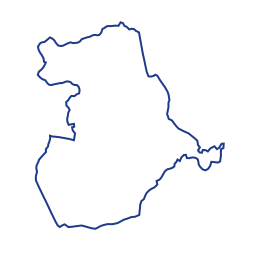 outline of Itaboraí, Rio de Janeiro, Brazil, rotated 185°
{"feature_id": "56859067B95798270573733", "entity_name": "Itaboraí", "entity_type": "district", "adm_level": 2, "iso_a3": "BRA", "parent_name": "Brazil", "parent_adm1": "Rio de Janeiro", "projection": "equal_earth", "projection_center": [-42.864, -22.756], "detail": "fine", "context": "isolated", "style": "outline", "palette": "blue", "viewbox_px": 256, "rotation_deg": 185, "n_neighbors": 0, "source": "geoboundaries", "source_scale": "gbopen_adm2", "svg_char_len": 3055}
<svg xmlns="http://www.w3.org/2000/svg" viewBox="0 0 256 256"><g transform="rotate(185 128 128)"><path d="M113.5,40.1L109.2,42.3L109.2,45.7L109.1,49.6L109.1,53.0L108.2,56.5L106.0,58.5L105.2,61.2L104.1,64.4L101.9,67.3L99.8,69.1L96.2,71.4L93.9,74.2L94.9,77.8L92.1,79.3L90.7,81.2L89.1,84.6L87.4,88.2L85.2,90.3L82.9,91.0L80.5,92.1L78.5,93.7L78.4,96.5L77.0,98.2L75.9,100.9L73.5,99.6L72.2,103.4L70.0,106.0L68.0,106.3L66.7,103.2L64.6,103.2L62.7,103.9L60.3,104.4L58.0,104.1L55.8,102.9L54.9,100.3L54.4,97.9L53.0,95.9L50.1,93.3L47.2,92.6L44.7,94.2L42.9,97.2L42.0,101.6L38.8,101.5L35.4,101.4L33.3,102.8L33.2,105.5L33.0,108.4L33.3,110.8L33.4,115.1L31.2,116.3L31.3,120.8L33.4,120.4L34.5,118.4L35.4,116.2L37.6,114.7L40.3,117.3L42.2,116.2L44.4,114.6L46.4,111.6L48.8,112.7L51.6,112.6L52.2,109.8L54.6,109.9L56.3,111.9L54.7,115.0L56.8,117.2L57.8,121.3L59.6,122.8L61.3,124.0L63.9,125.7L67.1,127.9L69.1,128.6L71.5,129.4L73.8,130.3L77.7,131.9L79.8,133.8L82.1,136.2L84.9,139.4L88.2,140.6L89.2,143.1L90.3,145.3L89.9,148.2L89.5,152.7L89.9,156.5L89.2,159.6L90.4,164.4L91.7,167.5L94.6,171.7L96.6,174.1L100.3,178.5L103.3,182.6L105.4,183.5L107.3,182.0L109.8,181.2L112.1,181.3L114.3,185.7L116.7,193.6L117.5,196.4L119.5,202.6L121.8,211.0L125.4,224.2L128.5,225.4L130.7,227.1L133.4,227.1L135.3,226.3L138.0,228.6L140.3,229.3L142.3,232.1L144.6,232.6L146.4,229.0L150.1,228.8L153.4,228.1L156.4,227.8L158.2,227.4L159.9,225.8L162.1,224.4L162.9,220.8L164.7,218.2L166.7,217.7L169.1,217.9L171.4,217.2L173.9,215.6L176.5,214.8L179.3,213.6L181.9,212.4L183.1,210.4L185.1,208.8L187.2,208.3L190.2,207.8L192.9,208.3L196.4,206.5L199.6,204.5L201.8,203.8L204.8,204.1L207.5,206.8L209.2,209.1L211.7,210.7L213.7,211.4L216.3,208.7L218.7,206.4L220.7,206.0L222.7,205.0L224.8,201.3L223.8,198.0L222.4,195.7L220.1,192.9L218.2,190.0L217.4,186.6L215.6,186.1L216.6,183.2L217.8,180.8L219.4,178.6L221.7,176.3L222.5,173.1L220.0,170.7L217.5,169.2L214.5,168.3L212.5,165.9L210.6,164.3L208.2,164.1L204.7,165.3L201.6,166.2L199.8,166.8L197.7,167.0L195.8,167.8L193.7,168.9L191.9,169.2L189.2,168.7L187.2,166.9L185.1,166.2L182.8,166.4L180.8,164.8L179.5,161.6L179.7,158.3L182.2,157.0L184.1,155.1L187.2,155.0L188.8,152.8L190.0,150.4L191.8,148.5L191.3,144.9L189.2,143.2L187.7,141.0L188.8,138.1L189.0,134.7L189.4,131.9L189.0,129.2L187.4,126.0L182.2,127.4L181.7,124.6L183.8,123.8L182.8,120.7L180.3,118.0L180.8,111.1L184.0,111.7L186.0,112.0L193.6,112.7L196.5,112.9L199.7,113.0L202.3,112.9L205.0,113.5L204.6,110.7L205.2,107.5L205.9,105.1L206.1,102.5L208.0,99.7L207.6,96.9L209.2,94.9L210.8,92.9L212.4,90.7L213.8,88.8L214.5,86.0L215.7,83.1L215.9,80.1L214.8,76.4L215.6,71.9L215.2,67.8L211.6,61.4L205.3,50.8L203.8,48.4L201.4,44.3L197.2,37.1L191.9,28.2L189.6,24.9L187.4,23.4L184.5,25.6L182.7,26.5L178.7,24.1L176.2,24.6L174.3,24.9L171.9,25.5L169.2,26.1L165.6,26.8L163.0,26.4L160.5,25.9L158.4,25.5L155.1,24.9L151.6,24.8L149.5,26.1L147.5,27.5L145.7,28.4L143.7,29.3L141.7,29.9L139.5,30.6L137.2,30.6L134.4,31.0L130.1,32.4L127.7,33.9L124.3,36.2L121.0,37.6L118.3,38.9L116.5,39.7L113.5,40.1Z" fill="none" stroke="#1e3a8a" stroke-width="2"/></g></svg>